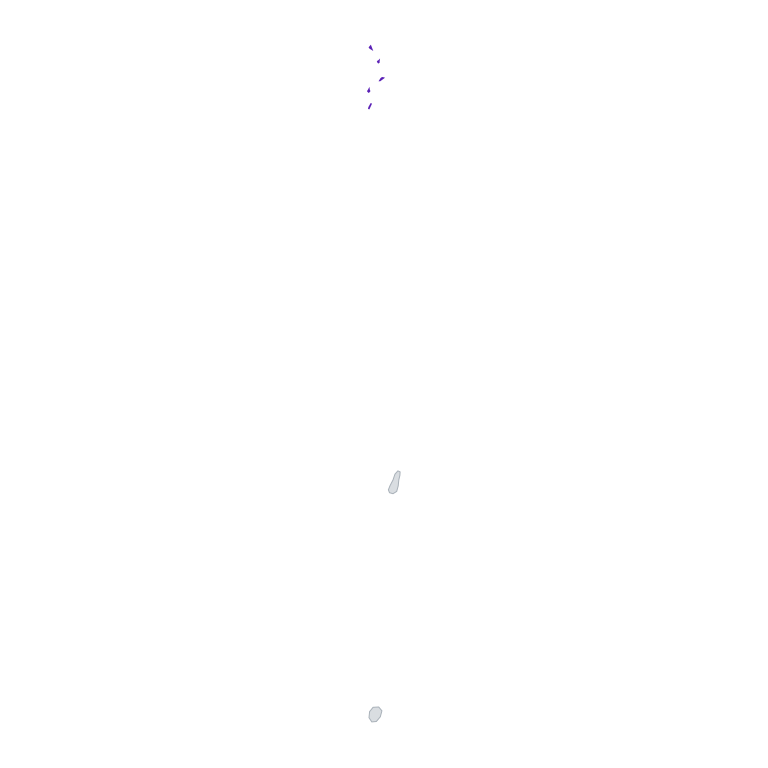 Noonu highlighted on a map of Maldives
{"feature_id": "MDV-5227", "entity_name": "Noonu", "entity_type": "Atoll", "adm_level": 1, "iso_a3": "MDV", "parent_name": "Maldives", "parent_adm1": "", "projection": "natural_earth1", "projection_center": [73.406, 5.842], "detail": "fine", "context": "in_parent", "style": "filled", "palette": "violet", "viewbox_px": 768, "rotation_deg": 0, "n_neighbors": 0, "source": "natural_earth", "source_scale": "10m", "svg_char_len": 853}
<svg xmlns="http://www.w3.org/2000/svg" viewBox="0 0 768 768"><path d="M396.7,491.4L393.0,493.7L389.5,492.7L388.4,489.8L390.1,485.5L393.0,480.0L395.0,474.1L397.9,470.9L400.1,471.9L399.9,475.3L398.8,479.9L398.2,485.9L396.7,491.4ZM376.3,721.5L371.8,721.9L369.0,717.7L369.6,711.6L373.1,707.3L378.7,707.0L381.9,710.8L380.3,716.8L376.3,721.5Z" fill="#d9dde1" stroke="#a8b0b8" stroke-width="1"/><path d="M370.6,46.1L371.8,49.2L370.0,48.1L369.5,47.4L370.6,46.1ZM383.4,78.0L380.0,80.5L379.9,80.5L381.1,78.6L382.0,77.9L382.7,77.8L383.4,78.0ZM369.0,89.3L369.1,90.1L369.5,90.7L369.5,91.3L368.7,92.0L367.9,91.2L368.1,90.7L368.6,90.1L369.0,89.3ZM371.3,103.4L371.2,103.7L368.7,109.1L369.1,107.3L371.3,103.4ZM379.0,60.6L378.9,61.3L378.9,61.9L378.9,62.3L378.4,62.6L377.7,61.7L377.9,61.3L378.5,61.1L379.0,60.6Z" fill="#8b5cf6" stroke="#5b21b6" stroke-width="1.5"/></svg>